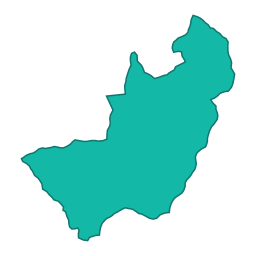 the district of Ibaté, São Paulo, Brazil
{"feature_id": "56859067B71319028154553", "entity_name": "Ibaté", "entity_type": "district", "adm_level": 2, "iso_a3": "BRA", "parent_name": "Brazil", "parent_adm1": "São Paulo", "projection": "albers", "projection_center": [-48.03, -21.94], "detail": "fine", "context": "isolated", "style": "filled", "palette": "teal", "viewbox_px": 256, "rotation_deg": 0, "n_neighbors": 0, "source": "geoboundaries", "source_scale": "gbopen_adm2", "svg_char_len": 2476}
<svg xmlns="http://www.w3.org/2000/svg" viewBox="0 0 256 256"><path d="M21.4,158.7L22.8,161.5L26.6,163.5L29.5,166.1L30.7,168.8L32.5,171.0L34.6,175.4L38.2,178.2L39.8,180.4L41.9,183.9L42.7,189.2L46.8,191.6L49.4,194.9L51.7,197.0L54.0,199.9L58.1,201.1L60.5,203.4L63.5,207.0L63.0,210.2L65.6,211.9L66.9,216.3L68.6,220.0L69.0,224.1L69.6,226.9L71.8,229.0L75.3,228.8L77.7,227.8L79.0,230.4L78.4,233.6L78.5,237.8L83.4,240.0L87.7,240.6L89.5,237.4L91.9,236.6L95.7,235.4L99.4,235.1L99.9,230.5L100.7,227.1L102.1,223.4L104.7,220.4L106.6,218.5L109.5,217.2L112.1,215.6L114.3,213.5L117.1,212.2L122.3,209.1L125.2,207.8L128.4,208.5L132.6,209.2L136.1,211.5L138.7,213.5L141.9,214.1L145.8,216.2L149.4,218.2L153.0,219.1L156.7,218.3L159.9,215.0L162.4,213.9L165.5,212.9L169.3,212.5L169.7,208.3L170.8,204.6L172.2,201.6L174.1,198.7L176.0,197.0L179.2,195.0L182.1,192.8L183.8,190.2L185.1,186.6L185.2,182.7L187.0,179.6L189.5,177.1L191.2,174.8L192.6,172.2L194.5,170.0L195.6,167.1L196.3,163.5L195.6,159.6L195.4,156.7L197.1,152.7L201.1,149.2L205.6,146.8L206.6,144.3L207.4,141.6L207.4,138.6L208.3,134.8L209.5,131.0L211.5,126.8L213.7,124.4L217.1,119.6L217.8,115.9L217.4,113.1L216.0,109.6L215.9,106.0L212.6,102.7L210.7,99.5L214.5,98.1L217.8,95.7L219.9,93.4L222.3,92.5L224.8,91.6L228.4,91.1L231.5,87.2L232.8,83.7L233.8,79.2L234.6,74.1L232.8,70.7L231.0,68.0L231.6,62.7L230.5,58.7L228.6,54.9L227.9,51.0L227.8,45.8L228.1,41.9L225.9,38.4L222.6,36.9L219.9,33.6L216.5,31.5L213.5,28.5L210.3,27.9L208.0,24.6L205.4,22.8L202.4,19.7L199.6,17.8L197.2,16.7L193.1,15.4L191.2,19.7L190.7,23.1L190.1,26.0L188.6,29.2L187.9,32.5L185.6,34.8L181.4,36.8L178.3,38.0L176.2,40.0L173.8,42.0L172.8,44.6L172.2,47.9L173.6,52.2L178.5,51.3L181.6,51.9L182.0,55.9L183.5,58.3L185.4,61.9L175.6,66.8L174.2,70.0L171.4,71.5L169.1,72.9L166.9,75.0L164.3,75.3L158.9,77.3L154.4,78.6L151.2,75.7L147.2,73.5L144.5,72.5L142.7,67.7L141.3,65.2L139.2,63.0L137.3,61.0L137.1,55.4L134.5,52.1L131.5,53.4L130.4,57.3L130.4,60.7L131.1,64.9L128.9,70.0L127.8,73.3L126.3,78.1L125.8,81.9L124.7,85.9L125.0,90.6L125.4,94.1L106.5,96.1L113.0,110.1L110.4,115.1L109.8,118.8L110.3,122.8L109.7,126.1L107.4,130.3L107.0,134.7L106.9,139.1L103.3,140.6L98.6,141.1L94.8,140.5L91.1,140.6L88.1,141.2L85.4,141.5L82.8,141.3L74.9,139.9L72.6,141.8L70.3,144.3L67.0,146.3L63.7,147.8L60.6,147.9L58.0,147.2L54.5,146.5L50.9,147.5L48.1,148.0L45.4,148.5L42.4,147.9L38.7,149.1L35.7,151.6L33.0,153.1L30.1,153.7L26.4,155.3L24.1,157.0L21.4,158.7Z" fill="#14b8a6" stroke="#0f766e" stroke-width="1.5"/></svg>